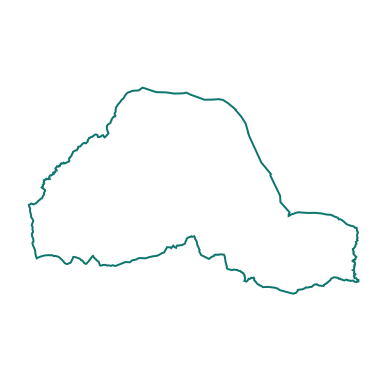 outline of Jaman North, Brong Ahafo, Ghana, rotated 87°
{"feature_id": "2480657B44306962794399", "entity_name": "Jaman North", "entity_type": "district", "adm_level": 2, "iso_a3": "GHA", "parent_name": "Ghana", "parent_adm1": "Brong Ahafo", "projection": "albers", "projection_center": [-2.617, 7.913], "detail": "fine", "context": "isolated", "style": "outline", "palette": "teal", "viewbox_px": 384, "rotation_deg": 87, "n_neighbors": 0, "source": "geoboundaries", "source_scale": "gbopen_adm2", "svg_char_len": 6001}
<svg xmlns="http://www.w3.org/2000/svg" viewBox="0 0 384 384"><g transform="rotate(87 192 192)"><path d="M250.2,350.4L249.7,349.7L248.9,347.7L247.7,343.0L247.5,338.0L247.9,337.0L247.7,336.2L247.7,335.1L248.6,333.8L248.8,331.4L249.8,328.5L253.0,325.3L256.4,322.7L257.4,320.8L257.3,320.0L256.1,316.8L252.0,314.5L251.2,314.3L250.8,314.1L250.6,313.4L250.8,312.3L252.7,307.5L254.1,306.5L254.8,304.9L257.2,303.5L258.3,301.7L257.9,301.0L256.4,299.4L250.8,294.7L250.6,294.2L252.2,293.4L256.2,289.7L256.7,288.8L260.0,287.9L260.6,287.4L260.8,286.8L260.2,284.9L260.2,282.5L260.9,280.8L260.9,279.0L261.5,276.8L261.0,275.0L261.2,274.1L261.7,273.1L261.8,272.0L258.5,262.3L258.9,257.6L257.1,255.3L256.6,251.5L255.5,249.4L255.2,247.8L255.8,241.7L254.9,238.6L254.3,235.3L253.9,230.9L253.5,229.1L251.5,225.2L250.9,223.0L245.8,219.8L246.2,216.5L247.0,215.7L244.6,213.5L246.2,212.3L246.9,210.8L245.0,210.1L244.6,209.7L244.6,208.7L245.0,207.9L244.5,206.5L244.6,205.0L243.3,202.1L242.8,201.5L241.3,201.1L239.6,200.1L238.5,199.8L237.3,198.5L236.9,196.5L236.6,196.2L236.6,195.2L236.2,194.7L236.6,194.2L236.7,193.6L236.6,192.7L236.3,192.1L237.4,191.6L239.4,191.2L240.7,190.3L242.5,189.7L245.0,189.5L250.1,187.5L251.8,187.8L255.4,186.2L259.7,178.6L257.9,175.9L256.8,173.0L256.2,173.0L255.7,171.7L256.1,170.2L255.8,169.1L256.1,168.4L255.7,166.9L256.3,163.3L258.5,162.6L263.8,162.1L266.1,161.5L267.2,161.5L267.8,161.1L269.2,161.3L270.1,161.1L270.9,159.9L271.6,157.9L272.1,155.8L271.6,154.1L272.0,152.8L272.1,151.2L272.9,150.1L273.6,147.7L274.2,147.5L274.4,146.8L275.6,145.7L275.7,145.0L276.4,144.8L277.8,143.8L278.8,144.0L279.8,143.5L280.7,143.7L280.9,143.6L281.9,143.7L283.5,144.2L283.5,143.8L284.2,142.7L284.2,142.2L283.7,141.4L282.5,140.5L281.6,140.0L281.9,138.9L281.4,138.1L280.8,137.6L281.0,137.3L280.8,137.0L281.2,135.7L280.8,134.8L281.3,134.4L283.3,134.5L284.0,133.8L284.6,133.6L285.3,132.7L285.8,132.6L287.3,131.4L287.9,130.7L287.9,130.1L288.9,129.1L289.0,128.5L290.7,126.1L290.8,120.5L291.9,114.4L292.8,111.8L294.6,109.4L298.8,96.6L298.6,95.1L298.0,93.2L296.1,91.5L295.3,91.4L294.9,86.6L294.1,84.6L293.2,83.3L293.5,82.4L293.2,79.3L293.0,78.8L293.1,78.0L292.6,76.8L291.6,75.8L290.7,74.1L290.7,73.0L291.0,72.6L290.7,72.0L291.2,71.6L292.1,70.0L292.7,65.6L292.3,65.1L291.8,65.1L290.5,63.1L290.3,62.3L289.4,61.5L289.3,61.0L288.7,60.6L287.5,58.6L286.3,58.0L285.9,57.6L284.7,55.0L284.6,54.1L285.5,50.5L286.4,49.9L286.3,48.9L286.7,48.7L287.3,46.8L288.0,45.8L288.0,45.1L288.3,44.3L287.7,43.0L287.7,42.3L287.8,41.8L288.6,40.8L288.3,40.2L289.1,38.4L288.8,35.9L290.2,34.2L290.2,33.1L290.5,32.5L290.1,31.0L290.1,30.5L289.7,30.4L288.6,30.4L288.1,31.8L286.8,32.4L286.5,34.1L285.8,34.1L285.1,34.7L284.5,34.3L284.1,34.5L284.0,34.2L282.8,33.1L282.1,33.6L282.0,34.5L279.5,34.2L279.1,34.3L278.4,35.4L277.9,34.4L275.9,34.0L275.4,34.2L275.0,33.9L274.4,33.8L274.4,33.4L273.1,33.5L272.7,32.9L272.2,32.9L271.0,33.1L270.3,33.4L269.9,33.9L270.1,34.3L269.3,35.3L268.2,34.3L268.2,33.7L268.5,33.5L268.1,32.7L267.6,32.3L266.9,32.4L265.5,31.3L263.4,33.2L263.0,33.3L262.6,33.9L261.7,33.9L261.2,34.1L260.4,33.5L259.4,33.9L258.6,34.4L258.2,34.4L257.3,34.3L256.9,33.3L256.3,33.0L255.2,31.9L253.7,31.5L252.3,30.7L252.2,30.5L250.6,31.0L248.9,29.2L248.0,29.8L246.1,29.0L245.4,29.4L243.5,29.4L241.0,28.4L240.4,28.9L239.8,28.8L239.1,29.3L236.4,29.5L236.5,30.2L236.0,30.9L236.1,31.2L234.7,32.5L234.0,35.4L232.2,39.3L229.1,42.3L228.0,43.7L226.9,45.4L227.0,46.8L225.3,47.8L223.7,51.7L222.8,52.6L222.6,53.7L222.0,54.6L221.6,58.5L220.1,64.3L219.2,70.8L219.0,77.3L217.8,87.2L218.1,88.0L218.2,89.3L219.2,92.1L219.2,93.0L221.0,96.7L219.4,96.6L217.5,95.6L206.7,104.2L200.4,104.2L180.1,112.7L177.8,112.8L177.8,112.6L166.2,121.2L140.0,131.6L136.3,132.8L136.3,132.6L126.5,134.8L119.5,138.7L112.4,144.2L112.1,143.9L105.0,151.6L101.7,156.2L100.7,160.4L100.8,168.0L100.5,174.7L94.7,188.4L92.5,192.4L93.0,196.3L92.8,204.3L91.2,212.6L90.4,222.5L85.2,235.8L86.5,238.1L87.4,239.1L87.8,240.2L87.8,245.9L88.2,247.4L88.8,248.3L89.3,250.7L89.7,251.5L91.8,253.6L94.5,255.2L95.5,256.2L96.0,257.2L99.5,260.0L100.9,261.6L101.9,262.0L103.6,263.5L106.1,264.0L107.8,264.0L109.4,265.1L110.5,265.2L111.8,264.5L112.3,264.7L112.8,265.4L112.8,266.5L115.3,268.5L116.5,268.7L117.1,269.4L118.6,269.7L119.0,270.2L120.2,272.4L121.1,273.2L121.8,273.5L123.8,273.7L125.7,273.4L129.2,272.4L132.6,275.9L132.9,276.4L132.3,277.0L130.6,277.9L130.8,278.8L131.8,280.3L132.3,281.7L132.3,282.6L132.1,283.1L130.3,283.4L129.9,283.7L129.5,285.3L129.6,285.8L131.7,288.8L131.7,289.9L132.6,291.0L132.6,291.9L134.1,292.7L134.7,293.4L136.2,293.5L137.9,295.4L137.3,296.7L137.7,298.0L138.5,299.2L140.6,301.1L140.8,303.2L142.5,303.5L142.9,304.1L144.3,304.9L144.4,306.3L145.8,308.8L147.3,309.2L147.9,309.9L149.8,310.6L150.4,311.6L151.4,312.0L151.7,312.8L153.0,313.1L154.0,312.9L155.1,313.1L155.5,314.9L156.3,316.1L156.8,317.4L156.1,318.4L156.7,318.7L156.8,320.0L156.4,320.2L156.4,320.5L156.7,321.5L157.3,321.6L157.6,322.0L158.9,322.4L159.4,323.0L159.5,323.3L158.8,323.4L159.5,324.7L159.3,325.5L160.0,325.8L160.7,326.7L161.6,327.2L163.0,326.0L163.3,326.0L163.2,326.5L163.4,326.6L163.7,327.2L164.3,327.5L164.9,327.4L165.4,328.1L165.2,329.4L165.9,329.7L166.6,329.1L167.0,329.2L167.2,330.5L168.0,331.3L167.9,332.4L168.3,333.1L169.5,333.8L170.2,333.9L170.5,333.5L171.1,333.7L171.6,333.5L171.6,335.8L171.1,336.3L171.0,336.8L172.1,337.5L172.5,339.4L175.1,339.1L175.3,339.7L176.3,339.5L176.6,339.7L177.2,340.7L177.8,340.5L179.1,340.7L179.1,341.4L179.6,341.9L182.2,338.8L183.2,338.7L184.9,339.8L186.4,339.9L187.4,340.3L187.8,340.8L190.4,342.1L190.9,343.6L191.7,344.3L193.2,346.4L194.3,347.2L195.5,349.3L196.1,351.0L195.3,352.6L195.2,353.4L195.7,354.0L196.3,355.6L198.5,355.2L199.8,354.5L202.5,354.8L206.9,353.9L209.0,353.9L210.2,352.9L212.5,352.0L216.6,353.8L219.0,353.0L221.0,353.3L223.5,352.8L224.0,353.0L224.7,353.8L225.6,354.1L227.8,354.0L230.6,353.0L233.0,352.9L233.3,353.0L234.3,354.0L235.2,354.0L237.3,353.5L240.5,352.2L242.8,351.7L245.9,351.6L249.7,350.7L250.2,350.4Z" fill="none" stroke="#0f766e" stroke-width="2"/></g></svg>